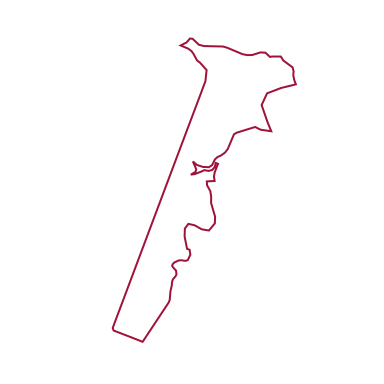 an SVG outline of West Coast, rotated 110°
{"feature_id": "GMB-5512", "entity_name": "West Coast", "entity_type": "Division", "adm_level": 1, "iso_a3": "GMB", "parent_name": "Gambia", "parent_adm1": "", "projection": "robinson", "projection_center": [-16.401, 13.235], "detail": "fine", "context": "isolated", "style": "outline", "palette": "rose", "viewbox_px": 384, "rotation_deg": 110, "n_neighbors": 0, "source": "natural_earth", "source_scale": "10m", "svg_char_len": 1464}
<svg xmlns="http://www.w3.org/2000/svg" viewBox="0 0 384 384"><g transform="rotate(110 192 192)"><path d="M349.7,187.2L349.5,192.7L349.0,218.2L346.9,220.0L335.1,219.9L326.8,219.8L306.6,219.6L265.7,219.2L196.3,218.5L148.6,218.0L97.0,217.4L83.3,217.3L72.4,220.0L67.7,228.8L66.7,232.2L61.8,237.7L59.8,240.6L58.6,244.6L58.2,252.8L53.4,248.3L48.5,246.4L47.8,243.9L49.1,240.9L51.3,235.8L50.7,230.4L44.7,212.7L44.4,208.4L45.2,191.7L44.5,187.0L42.7,182.3L37.4,175.4L36.0,170.7L38.4,164.9L37.3,163.1L34.3,154.9L37.2,151.2L40.5,140.1L43.8,137.8L47.6,136.8L51.7,134.3L55.3,131.2L63.8,143.9L73.6,155.2L86.5,156.3L100.3,145.1L107.8,138.3L110.0,148.9L109.3,154.9L120.9,170.2L123.4,172.3L139.3,173.1L143.8,174.5L147.9,177.4L150.3,179.9L153.5,181.6L159.9,182.3L162.9,184.6L164.7,190.2L164.9,196.6L163.0,201.6L169.2,195.8L172.0,195.6L176.1,199.1L174.2,195.5L168.5,189.0L167.3,188.0L166.5,183.5L164.3,180.5L160.9,179.2L156.6,179.6L156.6,177.2L165.8,177.4L170.1,176.6L173.9,174.5L177.0,181.7L180.6,180.1L184.9,175.1L190.0,172.3L195.8,170.3L207.4,161.8L213.7,159.8L222.4,162.9L223.7,170.0L222.4,178.2L223.2,184.5L228.8,186.2L236.4,183.7L247.1,177.2L247.1,174.5L251.5,172.1L257.5,172.7L258.8,174.3L259.3,176.1L259.7,178.4L260.8,181.0L264.0,184.3L266.3,185.4L268.2,185.4L269.2,184.1L271.4,180.1L274.7,178.4L277.0,178.7L280.0,179.9L281.9,180.1L284.1,179.8L286.3,179.1L292.7,178.3L301.2,176.0L303.7,176.1L349.5,187.1L349.7,187.2Z" fill="none" stroke="#9f1239" stroke-width="2"/></g></svg>